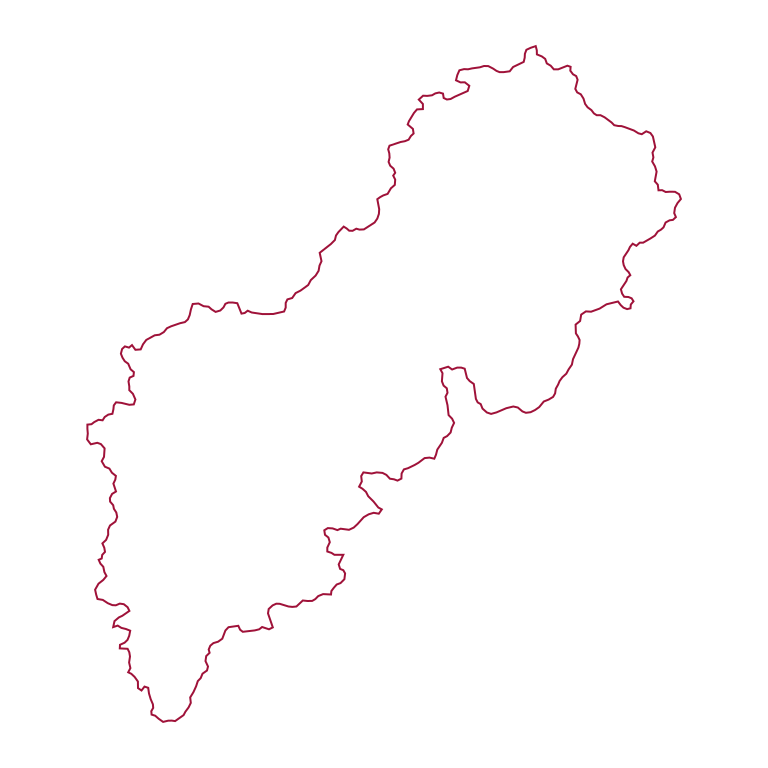 Itambacuri, Minas Gerais, Brazil
{"feature_id": "56859067B80184588118142", "entity_name": "Itambacuri", "entity_type": "district", "adm_level": 2, "iso_a3": "BRA", "parent_name": "Brazil", "parent_adm1": "Minas Gerais", "projection": "orthographic", "projection_center": [-41.849, -18.177], "detail": "fine", "context": "isolated", "style": "outline", "palette": "rose", "viewbox_px": 768, "rotation_deg": 0, "n_neighbors": 0, "source": "geoboundaries", "source_scale": "gbopen_adm2", "svg_char_len": 6059}
<svg xmlns="http://www.w3.org/2000/svg" viewBox="0 0 768 768"><path d="M113.4,483.6L116.0,491.5L112.1,493.9L109.9,498.1L110.1,501.6L113.2,505.2L113.9,508.8L116.3,512.5L117.2,516.9L115.4,521.6L110.0,525.5L108.1,529.7L108.2,534.8L106.1,539.9L102.4,543.4L104.3,547.8L105.0,551.9L102.2,554.9L101.7,558.5L98.7,559.8L100.4,563.6L103.3,566.8L104.4,572.1L106.5,576.0L103.3,579.9L98.5,583.7L95.1,589.7L96.2,594.7L97.5,599.0L102.8,599.9L107.8,603.2L112.3,605.1L115.8,605.3L119.8,603.6L123.8,604.2L127.6,607.2L129.4,610.9L122.3,615.8L118.9,617.4L114.5,621.1L113.2,627.1L117.7,625.6L121.4,627.9L125.9,629.0L130.2,630.7L129.2,635.8L127.5,639.9L124.6,642.7L120.0,644.8L119.8,648.4L127.6,648.8L129.3,652.3L130.0,656.5L129.1,662.5L130.4,668.1L128.2,672.3L131.3,673.8L134.6,676.9L137.9,681.5L138.0,688.1L141.5,690.5L144.5,686.6L148.2,687.8L149.0,693.5L150.7,699.2L152.9,704.3L153.2,707.9L151.3,711.2L151.6,714.6L155.2,715.7L158.6,718.7L163.1,721.9L168.1,720.7L171.8,720.6L175.1,721.1L183.6,715.1L185.4,711.7L188.6,707.4L190.8,702.9L190.2,697.4L193.4,692.2L196.1,686.3L197.8,681.1L200.7,678.1L202.5,673.7L207.0,670.5L208.0,666.5L205.5,661.1L206.2,656.1L209.6,652.8L208.7,649.5L210.3,645.7L213.4,643.1L218.1,641.7L222.3,638.7L225.4,630.5L228.5,627.2L238.3,625.8L240.1,629.7L242.8,631.8L254.8,630.4L259.2,629.3L262.1,627.0L269.0,629.3L272.8,627.4L268.0,613.4L268.7,609.0L272.6,605.4L276.3,603.7L279.7,603.8L288.5,606.5L292.4,606.9L296.4,606.5L302.8,600.5L307.6,601.0L312.2,600.9L315.3,599.1L318.2,596.1L323.1,594.1L331.0,594.5L331.4,591.0L333.9,587.7L336.7,584.5L340.5,583.1L344.4,579.2L345.1,573.4L343.3,570.2L340.1,568.9L338.7,564.4L343.3,554.8L334.4,554.8L331.5,552.9L327.3,551.5L327.3,547.6L329.8,542.2L328.4,537.5L325.0,534.8L324.3,530.3L327.8,528.1L332.6,528.4L337.4,530.1L340.6,528.7L349.0,529.8L353.7,527.6L357.5,524.1L363.7,517.2L368.7,514.3L373.7,512.8L378.8,513.7L381.8,509.4L378.3,507.5L373.5,501.5L368.2,496.2L366.0,491.9L362.4,488.7L359.1,486.7L361.8,481.5L361.2,476.1L363.4,472.4L371.7,473.5L376.7,472.4L382.5,472.9L386.4,474.9L389.9,478.7L394.0,479.3L397.5,480.6L401.4,478.6L401.6,473.5L403.9,469.4L408.0,468.2L414.6,465.0L418.4,462.8L424.6,458.1L429.5,457.6L434.3,458.7L436.0,454.7L437.3,449.6L441.9,442.8L443.7,437.9L447.1,436.1L450.6,432.5L451.8,427.7L454.1,422.9L452.1,418.7L448.6,415.1L447.5,405.2L445.5,396.7L447.5,392.8L446.8,388.3L443.6,385.6L441.9,381.3L442.5,373.2L440.3,369.2L448.2,366.7L452.1,369.5L457.2,367.6L461.2,367.6L464.7,368.7L467.0,378.0L469.7,381.1L473.8,384.0L475.9,398.9L477.7,402.4L480.7,404.1L482.5,408.6L486.9,412.5L491.1,413.9L496.5,412.4L506.3,408.2L513.3,406.5L517.8,407.5L522.4,411.4L525.9,412.8L530.6,412.2L535.1,410.0L539.2,407.1L543.8,401.5L548.6,399.6L553.1,396.9L555.1,393.4L555.8,388.7L558.1,384.6L559.6,381.0L562.4,377.2L566.3,373.7L568.6,369.4L571.9,364.6L573.0,359.2L578.4,347.6L579.3,343.8L579.6,340.0L577.9,336.4L575.9,333.4L575.6,324.6L580.1,321.0L581.2,314.6L585.9,311.4L591.1,311.7L599.6,308.6L606.5,304.3L618.0,301.5L620.8,305.2L623.5,307.7L627.1,309.1L630.5,308.3L630.8,304.5L633.5,301.3L631.6,298.3L628.4,297.0L624.2,296.8L622.1,293.6L620.9,289.3L626.4,281.0L627.6,277.5L630.3,275.2L628.7,272.2L625.5,269.0L623.7,265.1L623.0,261.3L623.7,257.3L628.4,250.3L630.0,246.9L632.7,243.7L636.4,245.8L639.7,242.7L643.1,242.7L650.4,238.5L654.9,235.6L657.8,231.5L660.9,229.7L663.5,227.4L665.6,222.5L669.6,220.3L672.9,219.9L675.9,217.1L674.2,213.1L675.0,207.7L677.5,203.1L680.9,199.0L679.2,194.3L675.0,191.8L670.1,191.7L665.7,192.0L662.2,190.2L658.5,190.3L657.8,184.7L654.8,181.3L656.6,171.6L655.0,166.4L652.2,161.5L653.4,157.4L652.5,152.6L655.3,147.3L652.9,136.5L650.4,133.0L646.2,131.3L641.8,134.2L638.4,133.3L633.9,130.5L624.7,127.1L621.5,126.1L618.2,126.0L614.2,125.2L611.6,122.5L604.6,117.3L600.5,115.2L596.7,115.2L593.9,113.4L591.4,110.1L587.6,107.3L585.1,103.9L583.5,98.6L580.8,94.3L577.2,92.4L575.3,88.9L577.6,79.8L576.2,76.1L573.0,74.3L570.3,70.7L570.6,66.8L567.4,65.7L558.3,69.3L553.8,69.3L550.7,65.7L546.8,63.4L545.2,58.9L541.8,56.4L536.9,54.4L536.8,50.3L535.7,46.1L530.7,47.8L526.4,49.8L524.9,53.8L524.7,57.7L523.7,61.9L513.1,67.0L509.7,71.3L503.9,72.1L499.5,72.1L496.5,70.9L493.1,68.6L488.3,66.1L484.0,66.0L479.9,67.3L472.0,68.4L468.0,69.3L464.1,69.1L459.4,70.3L457.3,75.1L456.0,80.3L460.5,82.4L464.8,82.3L469.3,85.8L467.7,91.0L454.8,96.7L450.6,99.0L446.9,99.5L443.7,98.0L443.0,93.6L439.2,92.5L435.3,93.4L432.0,95.3L427.2,95.9L423.1,95.7L418.8,99.6L422.9,104.0L422.9,109.1L417.0,109.4L414.0,112.9L409.0,121.1L407.7,124.5L412.9,128.9L413.6,133.5L410.9,136.0L408.6,139.7L404.9,141.2L400.6,142.0L389.5,145.7L388.2,149.3L389.3,153.4L389.6,157.6L388.6,161.9L390.2,165.7L393.6,168.7L395.2,172.8L393.2,175.6L395.2,179.6L394.8,184.9L390.9,188.3L387.6,193.9L383.3,195.4L380.2,197.1L377.3,199.2L379.2,209.2L378.9,213.9L377.3,218.6L374.6,222.5L363.9,229.4L359.5,229.6L356.3,228.7L352.6,230.8L349.2,230.7L346.7,228.5L343.7,226.6L338.4,232.1L336.0,235.5L334.9,240.0L330.8,244.1L319.7,252.8L321.5,261.2L319.5,265.6L318.6,270.8L315.6,275.6L310.8,280.1L308.2,285.0L300.5,290.6L295.6,293.1L292.2,298.0L287.4,299.4L285.7,302.9L285.7,307.6L284.1,311.5L273.2,314.0L262.6,314.1L251.7,312.5L247.7,310.7L244.7,313.0L241.5,313.6L237.3,303.2L232.5,302.5L228.5,302.5L225.4,303.8L223.5,307.4L220.3,310.5L215.6,311.9L211.5,309.3L208.6,306.7L203.6,306.2L198.5,303.5L192.7,304.0L190.9,309.5L189.7,315.1L187.9,319.4L184.9,322.1L180.1,323.2L171.1,326.3L167.0,328.2L163.8,332.1L159.5,334.7L154.7,335.3L146.3,339.9L143.0,344.3L140.7,349.4L135.4,349.8L132.0,345.1L129.0,347.6L124.9,346.4L122.1,349.0L120.9,353.7L122.5,357.7L124.8,361.3L128.2,363.7L130.6,369.3L133.9,372.1L133.5,375.9L129.7,377.6L128.5,381.4L129.3,386.4L129.3,390.2L132.9,393.8L135.4,399.5L133.8,404.4L129.3,404.8L121.5,402.9L116.1,402.3L113.8,405.4L113.4,409.3L112.4,413.8L108.3,414.6L104.7,417.0L102.6,420.3L98.5,419.8L94.2,422.1L91.5,424.2L87.4,424.6L87.4,428.8L87.8,433.6L87.1,439.4L90.8,444.3L97.3,442.8L100.9,444.1L104.6,448.4L104.0,456.9L101.7,461.2L104.9,466.7L109.4,468.6L111.9,472.7L115.9,475.9L115.3,479.6L113.4,483.6Z" fill="none" stroke="#9f1239" stroke-width="2"/></svg>